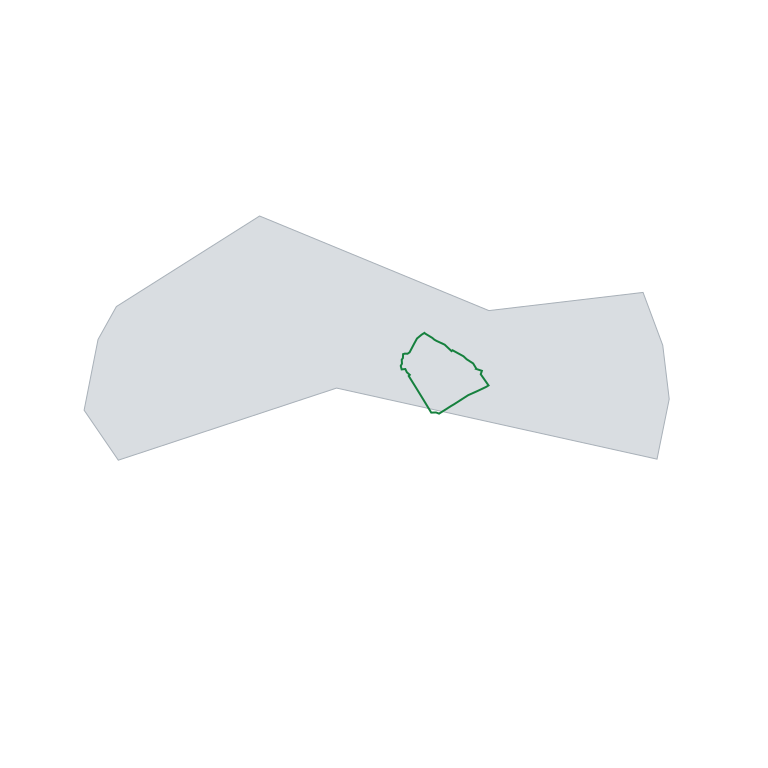 location of Barrigada, Guam, rotated 58°
{"feature_id": "77769853B91363375193449", "entity_name": "Barrigada", "entity_type": "district", "adm_level": 2, "iso_a3": "GUM", "parent_name": "Guam", "parent_adm1": "", "projection": "orthographic", "projection_center": [144.805, 13.478], "detail": "fine", "context": "in_parent", "style": "outline", "palette": "green", "viewbox_px": 768, "rotation_deg": 58, "n_neighbors": 0, "source": "geoboundaries", "source_scale": "gbopen_adm2", "svg_char_len": 935}
<svg xmlns="http://www.w3.org/2000/svg" viewBox="0 0 768 768"><g transform="rotate(58 384 384)"><path d="M307.8,649.7L247.3,652.2L194.7,602.9L176.5,569.9L175.6,400.5L377.3,256.2L443.6,115.8L498.9,127.1L547.9,150.1L592.4,192.3L362.3,426.4L307.8,649.7Z" fill="#d9dde1" stroke="#a8b0b8" stroke-width="1"/><path d="M362.1,322.6L362.1,326.0L362.9,331.9L365.8,337.1L367.2,339.5L370.7,345.5L370.8,348.0L369.3,350.2L368.8,352.0L372.0,354.2L372.8,356.1L376.3,358.0L377.5,360.2L381.0,361.3L382.6,358.0L386.2,358.4L389.9,357.3L390.3,358.8L398.0,358.8L402.0,358.8L417.5,358.9L433.3,359.1L435.5,355.3L436.0,354.7L438.3,353.0L438.2,338.9L438.3,335.4L438.1,319.3L438.1,318.4L439.5,308.3L440.6,298.7L440.6,296.1L427.0,296.8L424.7,294.0L420.0,297.9L419.9,297.6L413.8,297.5L406.8,300.8L402.6,301.9L391.7,308.0L391.9,309.3L382.8,311.7L375.3,316.6L373.1,317.8L370.5,318.6L362.8,322.5L362.1,322.6Z" fill="none" stroke="#15803d" stroke-width="2"/></g></svg>